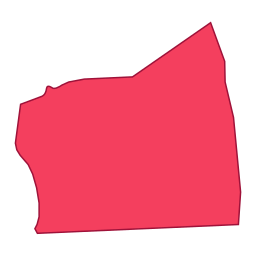 the border of Al Qahirah
{"feature_id": "EGY-1533", "entity_name": "Al Qahirah", "entity_type": "Governorate", "adm_level": 1, "iso_a3": "EGY", "parent_name": "Egypt", "parent_adm1": "", "projection": "orthographic", "projection_center": [31.424, 30.049], "detail": "fine", "context": "isolated", "style": "filled", "palette": "rose", "viewbox_px": 256, "rotation_deg": 0, "n_neighbors": 0, "source": "natural_earth", "source_scale": "10m", "svg_char_len": 545}
<svg xmlns="http://www.w3.org/2000/svg" viewBox="0 0 256 256"><path d="M224.7,61.4L225.1,82.0L233.5,117.4L240.6,192.1L238.4,224.5L37.4,233.3L34.9,228.7L37.1,224.4L39.1,216.8L39.1,203.0L36.6,187.8L32.7,174.1L28.2,164.6L20.2,155.3L16.8,149.8L15.4,143.2L20.6,104.3L42.2,96.2L43.2,95.5L44.0,94.8L44.8,93.8L45.4,92.6L46.0,91.1L46.6,88.2L47.0,87.1L47.5,86.5L48.5,86.3L49.7,86.5L51.7,87.5L52.9,88.3L54.3,88.4L56.2,88.1L59.9,86.4L61.9,85.1L68.8,82.0L84.3,79.1L132.5,76.9L210.6,22.7L224.7,61.4Z" fill="#f43f5e" stroke="#9f1239" stroke-width="1.5"/></svg>